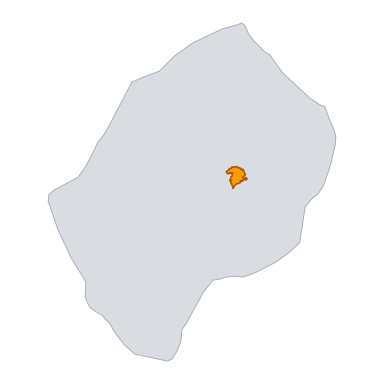 Thaba-Tseka, Thaba-Tseka, Lesotho shown in context
{"feature_id": "5366337B12676471094494", "entity_name": "Thaba-Tseka", "entity_type": "district", "adm_level": 2, "iso_a3": "LSO", "parent_name": "Lesotho", "parent_adm1": "Thaba-Tseka", "projection": "equal_earth", "projection_center": [28.592, -29.521], "detail": "fine", "context": "in_parent", "style": "filled", "palette": "amber", "viewbox_px": 384, "rotation_deg": 0, "n_neighbors": 0, "source": "geoboundaries", "source_scale": "gbopen_adm2", "svg_char_len": 5006}
<svg xmlns="http://www.w3.org/2000/svg" viewBox="0 0 384 384"><path d="M255.3,272.7L244.2,276.7L242.7,277.1L235.6,276.2L226.2,277.1L218.7,279.3L213.0,280.2L203.6,291.8L186.5,323.0L182.0,329.6L180.8,341.8L176.8,351.5L172.0,359.1L167.3,361.0L153.0,358.0L134.8,354.1L124.2,344.6L114.7,332.3L109.7,323.3L104.5,318.3L102.7,315.5L95.3,311.4L92.5,309.2L90.0,307.7L87.0,301.7L85.2,296.5L85.8,282.0L80.6,273.3L71.5,258.5L65.8,246.4L58.0,229.9L53.2,215.7L48.2,201.0L48.8,194.7L53.5,190.4L67.2,183.0L77.9,177.3L85.5,166.8L93.8,151.1L97.9,141.7L101.9,137.4L106.4,130.8L114.1,116.0L122.7,99.7L131.9,82.1L143.6,77.0L159.5,71.1L174.8,55.7L193.1,42.7L222.7,28.7L236.4,25.1L241.7,23.0L245.0,25.7L248.5,33.8L253.5,40.5L265.2,52.2L270.1,55.1L282.1,72.4L294.9,84.3L309.7,98.0L319.8,104.8L324.9,106.7L329.1,118.9L333.4,127.9L335.8,136.3L335.3,144.5L330.6,164.6L323.7,185.1L318.3,193.6L311.6,199.0L305.1,207.1L302.6,223.5L299.6,242.8L291.1,250.7L284.5,255.9L275.4,262.3L255.3,272.7Z" fill="#d9dde1" stroke="#a8b0b8" stroke-width="1"/><path d="M247.1,178.9L246.8,178.4L246.6,178.2L246.3,177.8L246.2,177.6L245.9,177.6L245.6,177.9L245.1,178.3L245.0,178.5L244.9,178.6L244.1,178.3L243.8,178.2L243.7,178.1L243.4,178.0L243.1,177.8L243.0,177.6L242.8,177.5L242.7,177.4L242.7,177.2L242.8,177.1L242.9,176.9L243.0,176.9L243.1,176.7L243.6,176.5L243.8,176.3L244.1,176.1L244.4,176.0L244.5,176.0L244.6,175.9L244.8,175.7L245.1,175.3L245.2,175.0L245.5,174.6L245.5,174.4L245.4,174.4L245.4,174.2L245.2,174.0L244.8,173.8L244.6,173.6L244.6,173.2L244.4,172.9L244.5,172.8L244.4,172.3L244.2,171.9L244.1,171.7L243.9,171.3L243.8,171.0L243.8,170.9L243.8,170.5L243.4,169.9L243.2,170.2L242.9,169.9L242.8,170.0L242.7,170.2L242.5,169.9L242.4,169.7L242.3,169.4L242.2,169.4L242.2,169.5L242.1,169.3L241.9,169.4L241.9,169.2L241.7,169.2L241.5,169.3L241.4,169.4L241.3,169.2L241.2,168.9L241.1,169.0L241.0,168.8L240.8,168.9L240.7,168.6L240.5,168.4L240.4,168.4L240.2,168.3L240.2,168.2L239.9,168.0L239.7,168.1L239.5,167.9L239.4,167.9L239.4,167.7L239.2,167.8L239.1,167.7L238.9,167.6L238.7,167.6L238.4,167.6L238.3,167.4L238.2,167.4L238.1,167.5L238.0,167.4L237.9,167.5L237.8,167.3L237.7,167.4L237.5,167.2L237.2,167.2L236.7,167.1L236.4,167.1L236.1,167.0L236.1,166.9L236.0,167.0L235.9,167.0L235.8,166.9L235.6,166.9L235.4,166.8L235.2,166.8L234.9,167.0L234.8,166.9L234.6,166.8L234.4,166.9L234.2,166.9L233.8,166.9L233.7,167.1L233.4,167.0L233.2,167.1L232.9,167.1L232.7,167.0L232.4,167.0L232.3,166.9L232.2,166.9L232.1,167.1L232.0,166.9L231.9,166.9L231.8,167.4L231.6,167.8L231.5,168.1L231.3,168.4L231.1,168.6L230.7,168.5L230.5,168.4L230.2,168.4L230.0,168.6L229.9,168.6L229.7,168.7L229.6,168.9L229.5,168.5L229.4,168.5L228.8,169.6L228.6,169.8L228.5,170.1L228.3,170.3L227.9,170.5L227.4,170.8L227.1,170.9L226.6,171.5L226.2,171.8L226.5,172.2L226.6,172.4L227.0,172.9L227.2,173.1L227.2,173.3L227.3,173.6L227.5,173.4L227.8,173.4L227.9,173.5L228.2,173.6L228.3,173.5L228.3,173.4L228.5,173.3L229.1,173.3L229.2,173.1L229.4,173.2L229.5,173.1L229.9,173.1L230.0,173.3L230.1,173.2L230.2,173.3L230.4,173.3L230.5,173.3L230.4,173.5L230.5,173.5L230.8,173.4L231.0,173.4L230.9,173.3L230.9,173.2L231.1,173.1L231.1,172.9L231.3,172.9L231.5,172.8L231.5,172.7L231.8,172.7L232.1,172.6L232.3,172.7L232.3,173.0L232.2,173.2L232.3,173.3L232.2,173.4L232.3,173.4L232.2,173.5L232.3,173.6L232.2,173.7L232.2,173.9L232.2,174.2L232.1,175.6L231.9,176.3L231.9,176.5L231.6,176.5L231.4,176.5L230.8,177.0L230.8,177.3L230.8,177.8L230.7,178.3L230.4,179.3L230.3,179.7L230.1,179.8L229.9,179.8L229.7,179.9L229.6,180.0L229.9,180.5L230.0,180.6L230.3,180.6L230.9,180.4L231.0,180.4L230.9,180.5L231.0,180.6L230.9,180.7L231.0,180.8L230.9,181.0L230.8,181.6L231.0,181.7L230.8,181.9L230.9,182.0L230.7,182.4L230.8,182.5L230.8,182.8L230.8,183.1L231.0,183.2L231.1,183.3L231.3,183.7L231.5,183.9L231.7,184.3L231.8,184.3L231.8,185.0L232.2,185.5L232.3,185.6L232.5,186.1L232.6,186.5L232.6,187.2L232.6,187.4L232.6,187.6L232.9,188.1L233.0,188.3L233.3,188.3L233.4,188.0L233.8,187.6L233.9,186.9L234.0,186.7L234.4,186.1L234.7,185.4L234.9,185.2L235.1,184.9L235.3,184.8L235.8,184.8L236.0,184.6L236.1,184.0L236.2,183.9L236.4,183.9L236.5,183.9L236.6,183.7L237.0,183.7L237.9,183.5L238.1,183.6L238.4,183.5L238.6,183.5L239.1,183.2L239.8,182.9L240.0,182.9L240.2,182.4L240.2,182.2L240.2,181.9L240.1,181.7L240.3,181.5L240.4,181.4L240.4,181.2L240.5,181.0L240.8,180.9L240.9,180.7L240.9,180.9L241.0,180.9L241.3,180.7L241.4,180.8L241.5,181.0L241.6,180.7L241.8,180.7L241.7,180.8L241.6,181.0L241.8,181.0L241.9,180.8L242.2,180.6L242.3,180.7L242.3,180.8L242.5,181.0L242.6,180.9L242.6,180.6L242.8,180.8L242.9,180.7L243.0,180.7L243.3,180.5L243.5,180.4L243.5,180.2L243.8,179.9L244.0,179.6L244.2,179.4L244.4,179.2L244.5,179.1L244.5,179.3L244.7,179.2L244.8,179.3L244.9,179.2L245.0,179.2L245.0,179.3L245.2,179.2L245.2,179.3L245.3,179.4L245.5,179.4L245.6,179.6L245.7,179.8L245.8,179.8L245.8,179.6L246.1,179.8L246.2,179.7L246.3,179.7L246.5,179.7L246.7,179.4L246.8,179.3L246.7,179.2L246.9,179.2L247.0,179.1L247.1,178.9Z" fill="#f59e0b" stroke="#b45309" stroke-width="1.5"/></svg>